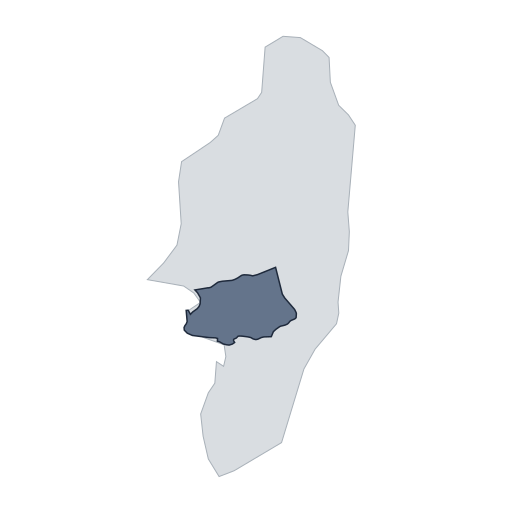 Saint Catherine on a map of Jamaica (Equal Earth projection), rotated 85°
{"feature_id": "JAM-1380", "entity_name": "Saint Catherine", "entity_type": "Parish", "adm_level": 1, "iso_a3": "JAM", "parent_name": "Jamaica", "parent_adm1": "", "projection": "equal_earth", "projection_center": [-76.985, 18.04], "detail": "fine", "context": "in_parent", "style": "filled", "palette": "slate", "viewbox_px": 512, "rotation_deg": 85, "n_neighbors": 0, "source": "natural_earth", "source_scale": "10m", "svg_char_len": 1964}
<svg xmlns="http://www.w3.org/2000/svg" viewBox="0 0 512 512"><g transform="rotate(85 256 256)"><path d="M258.7,163.4L283.5,173.2L309.1,178.3L320.1,178.5L330.5,181.7L353.9,205.2L372.7,218.1L444.1,246.8L468.0,296.5L472.5,312.0L454.0,321.2L430.8,324.4L408.6,324.9L388.1,315.4L379.1,308.1L357.8,304.6L363.1,297.9L353.6,294.8L341.7,295.5L333.0,314.6L323.2,329.7L304.5,328.2L297.4,315.3L287.5,321.1L279.6,330.7L270.1,366.3L254.9,348.6L238.3,333.8L217.4,327.7L175.3,326.7L155.5,321.9L139.0,291.8L132.5,283.1L115.9,275.3L99.4,240.8L93.5,236.1L48.7,228.7L39.5,209.9L42.3,192.8L57.3,171.9L64.6,165.9L89.4,166.8L113.1,160.5L123.5,151.6L134.4,145.7L220.1,160.7L239.9,160.9L258.7,163.4Z" fill="#d9dde1" stroke="#a8b0b8" stroke-width="1"/><path d="M342.4,290.5L341.8,293.3L340.8,296.2L338.3,299.8L337.5,301.9L334.8,301.5L334.0,303.5L333.2,309.8L329.6,326.3L326.9,331.2L323.6,333.9L321.0,333.9L319.2,332.9L317.5,331.4L315.3,330.3L304.1,330.3L304.1,328.3L308.4,326.4L306.2,323.9L303.4,319.2L301.3,317.1L298.8,315.8L292.9,315.0L287.6,317.4L284.5,319.8L283.5,306.7L283.6,305.8L283.4,304.6L283.1,303.4L279.1,296.7L278.8,296.1L278.6,295.3L278.4,293.7L278.2,291.6L278.2,282.1L277.9,280.7L277.4,278.9L276.3,276.2L275.1,274.0L274.8,273.5L274.0,271.9L273.8,270.9L273.7,269.5L274.2,265.6L274.8,263.0L275.5,261.1L274.7,256.2L269.0,237.5L296.3,233.1L300.4,231.0L312.6,222.2L315.7,221.0L316.3,220.9L316.9,220.8L320.8,221.4L321.5,222.0L322.1,223.0L323.3,226.7L324.0,227.9L325.6,229.4L326.5,230.6L327.3,232.8L327.7,235.0L328.0,237.3L328.4,238.5L330.8,242.6L332.9,245.3L337.7,247.8L337.3,255.0L337.4,256.0L337.7,257.8L339.0,261.3L339.2,262.7L339.2,263.7L338.5,265.7L338.2,266.3L337.9,266.8L337.5,267.3L337.1,267.7L336.5,269.1L335.8,271.4L334.6,276.9L334.3,279.3L334.3,280.8L335.8,282.5L336.0,282.8L336.2,283.2L336.6,284.5L336.8,285.1L337.2,285.5L337.7,285.7L338.2,285.7L338.8,285.6L339.8,285.0L340.3,284.8L341.7,287.3L342.4,290.5Z" fill="#64748b" stroke="#1e293b" stroke-width="1.5"/></g></svg>